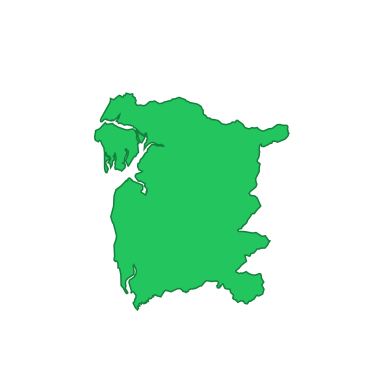 outline of Angoche, Nampula, Mozambique, rotated 142°
{"feature_id": "85939544B28799715012212", "entity_name": "Angoche", "entity_type": "district", "adm_level": 2, "iso_a3": "MOZ", "parent_name": "Mozambique", "parent_adm1": "Nampula", "projection": "albers", "projection_center": [39.817, -16.095], "detail": "fine", "context": "isolated", "style": "filled", "palette": "green", "viewbox_px": 384, "rotation_deg": 142, "n_neighbors": 0, "source": "geoboundaries", "source_scale": "gbopen_adm2", "svg_char_len": 6115}
<svg xmlns="http://www.w3.org/2000/svg" viewBox="0 0 384 384"><g transform="rotate(142 192 192)"><path d="M307.8,135.9L307.6,132.7L305.7,133.3L305.3,135.4L303.3,134.4L303.3,135.9L302.6,136.5L301.6,136.2L301.2,134.8L299.5,135.9L298.7,133.5L297.8,133.6L297.4,134.5L297.4,133.2L296.9,132.9L295.9,133.0L295.8,133.6L294.5,133.0L294.4,133.8L293.6,133.0L293.1,134.0L291.9,134.0L291.3,134.6L289.9,133.2L287.7,133.6L286.8,133.2L286.8,134.4L285.4,134.2L284.5,133.3L283.9,133.4L283.6,131.9L281.1,128.6L276.0,130.5L273.4,130.9L269.9,126.3L262.8,124.7L260.8,123.1L260.0,120.4L260.4,119.5L259.3,117.9L258.5,117.7L258.6,116.4L256.0,116.1L255.0,116.8L252.4,116.3L250.6,114.7L249.2,114.6L248.6,113.8L243.6,113.0L242.3,112.2L237.1,113.3L234.6,112.9L231.8,109.5L227.7,107.0L226.6,105.3L226.9,104.3L229.1,102.9L230.2,102.8L230.9,100.8L229.3,99.5L228.6,100.0L227.6,99.8L227.6,100.6L224.2,100.5L225.3,96.2L225.1,95.2L222.0,92.0L223.4,89.0L222.8,85.2L225.3,83.2L225.1,81.5L224.1,80.4L223.8,76.9L220.4,76.1L219.6,75.3L218.7,73.9L219.0,72.4L218.4,70.9L217.1,69.8L214.6,70.8L213.1,69.9L208.9,69.5L204.9,70.8L204.3,70.7L203.8,69.3L202.5,68.7L199.2,68.1L195.1,71.1L194.3,75.7L190.9,76.8L190.4,81.1L188.7,83.9L188.4,85.2L189.2,86.2L193.4,87.6L195.4,89.3L197.3,92.3L198.4,95.9L202.4,96.9L203.2,98.0L204.9,98.6L206.5,101.9L206.0,102.9L201.9,103.0L198.1,103.9L191.7,103.9L189.4,109.7L187.6,108.4L186.4,106.1L185.4,106.0L183.8,107.2L180.5,105.9L175.7,107.0L174.1,105.7L172.2,105.3L169.0,102.9L164.6,103.8L163.1,104.8L160.7,105.4L161.5,106.6L161.2,112.4L164.1,113.9L166.6,120.7L169.3,122.1L175.2,128.7L179.4,132.1L179.6,133.7L177.7,133.9L175.5,132.7L174.6,133.5L172.8,133.6L172.0,134.3L170.9,133.8L167.7,134.2L165.6,135.6L160.0,137.1L159.5,137.8L157.4,137.7L156.3,136.6L151.8,137.9L146.5,138.6L144.3,147.5L145.0,150.3L147.9,153.2L147.8,155.9L145.7,156.5L138.7,156.6L136.1,158.2L135.4,160.5L133.6,163.4L126.5,166.7L124.1,169.8L121.0,172.4L121.9,175.2L121.2,176.9L118.5,178.0L116.1,179.8L115.2,181.1L114.0,181.9L113.3,183.7L110.1,187.1L108.0,187.0L109.0,185.1L107.4,183.5L102.0,182.3L100.4,182.4L99.2,181.4L97.0,182.3L95.2,180.8L93.9,178.6L86.1,176.4L82.2,177.0L79.4,178.7L79.7,179.8L78.7,181.0L78.6,182.1L76.3,184.4L76.2,186.0L79.7,189.0L81.1,191.0L83.5,192.6L89.6,192.7L92.6,194.5L98.1,196.0L99.3,197.2L100.6,199.8L101.0,202.7L103.5,203.9L104.9,205.7L108.2,206.6L110.6,210.1L110.3,214.3L112.1,220.6L113.0,221.0L115.0,220.4L117.3,222.4L119.4,222.2L123.7,224.1L126.6,227.4L127.1,231.2L127.8,232.7L130.5,236.0L132.0,237.0L132.3,238.9L134.3,241.0L134.1,243.8L135.2,246.3L132.8,249.9L133.0,251.3L132.3,253.2L132.6,255.4L134.0,258.4L138.7,263.9L139.3,265.7L140.6,267.2L140.4,268.8L143.9,274.5L148.6,276.1L150.4,277.4L151.7,276.9L158.7,280.0L160.9,280.3L163.6,282.0L165.4,286.7L167.1,287.3L168.9,288.7L170.0,289.2L175.3,289.0L177.5,290.2L178.7,291.9L182.0,294.2L182.1,294.9L181.8,297.2L180.0,298.2L179.5,299.3L179.5,300.7L178.8,301.3L179.8,303.8L178.4,305.5L178.5,306.0L180.6,306.9L182.9,310.2L183.3,309.7L184.1,310.1L185.3,309.4L186.3,310.1L187.9,309.1L188.7,309.8L188.9,311.5L189.9,313.0L196.9,312.9L198.7,315.9L199.8,314.4L201.8,312.9L218.0,306.1L219.9,304.9L220.6,303.6L219.5,302.8L216.6,303.2L215.1,302.6L214.3,301.9L214.7,301.4L211.9,297.7L210.5,298.0L210.5,296.9L209.9,296.6L204.6,296.6L202.7,297.5L201.1,297.6L203.7,295.4L208.1,294.6L207.4,292.9L207.6,291.4L205.3,289.4L204.1,286.3L201.7,285.1L198.0,280.5L198.1,278.7L196.9,276.5L196.6,271.3L194.3,264.7L193.1,267.0L191.8,266.6L194.3,261.4L196.0,260.8L196.8,259.6L199.9,258.9L203.2,255.2L199.6,256.3L196.3,256.5L193.7,256.0L191.9,254.7L189.7,250.1L186.6,248.1L186.0,245.7L187.4,246.3L188.4,248.1L190.4,249.2L193.2,253.3L194.6,254.1L200.7,253.0L202.8,251.1L204.7,251.4L210.0,249.5L212.5,249.4L215.6,247.3L217.3,247.6L219.2,245.3L220.1,242.2L218.3,238.9L220.1,238.8L224.9,240.5L226.4,240.0L227.4,238.9L227.6,234.0L227.3,233.1L225.7,232.1L223.8,227.2L225.8,226.1L225.6,222.0L226.9,221.1L227.1,219.9L228.3,220.2L228.6,219.2L230.3,218.2L232.2,223.2L231.3,224.3L229.4,224.2L227.3,226.8L226.9,228.3L232.0,237.0L231.8,238.2L232.5,238.6L232.1,240.2L232.8,241.7L234.5,241.7L235.6,240.6L236.3,240.7L236.0,241.3L236.7,241.6L243.9,240.4L250.5,240.6L255.9,236.8L262.5,229.1L271.3,222.4L273.1,217.7L273.7,214.6L278.4,203.9L280.9,201.5L286.1,198.1L292.5,189.1L295.2,186.6L295.3,184.9L294.9,184.3L294.0,184.2L293.8,183.2L294.2,181.4L297.0,177.7L296.3,176.8L296.4,175.7L299.2,170.3L305.4,162.0L305.3,158.6L306.2,153.4L305.8,152.0L305.0,151.9L304.5,152.4L304.0,156.9L301.8,158.8L300.6,161.1L298.6,163.0L295.4,163.5L288.5,162.9L286.4,165.3L283.6,170.2L282.6,170.6L283.3,166.6L284.3,164.2L286.8,161.8L290.4,160.6L295.6,161.0L297.4,159.5L300.6,151.3L302.5,149.8L300.7,150.1L299.6,149.1L299.7,144.9L301.8,142.9L303.0,142.8L304.9,141.1L306.7,140.8L307.8,135.9ZM225.7,256.0L225.8,253.2L226.5,252.4L226.1,251.6L217.3,255.0L215.6,255.3L214.5,254.8L211.7,256.0L209.7,256.2L205.5,263.2L205.0,263.6L204.4,263.0L203.6,263.3L202.6,268.6L200.2,271.2L199.6,273.4L199.3,276.2L199.8,278.2L204.6,280.6L206.2,282.2L210.2,288.4L212.3,293.3L212.4,294.9L217.4,297.6L217.7,300.0L225.8,298.7L230.1,299.7L234.7,295.3L236.1,293.0L236.1,291.9L234.9,289.3L232.9,289.5L232.4,288.3L233.4,285.7L234.2,281.1L236.7,276.9L246.3,264.5L247.7,261.5L247.8,260.2L247.1,259.7L243.8,261.8L242.7,267.2L241.8,268.5L239.9,269.3L237.0,268.7L236.0,268.9L237.2,273.6L236.8,275.1L235.2,276.6L236.5,273.4L235.1,271.1L235.4,268.7L236.8,267.4L239.5,267.2L240.2,266.7L239.2,265.5L239.7,263.6L241.1,261.3L238.8,262.1L235.5,265.2L233.3,265.1L232.1,266.9L231.9,268.6L229.4,269.3L229.0,270.1L228.6,269.7L229.6,268.3L231.4,267.7L231.1,266.9L230.2,266.7L231.7,264.6L235.3,261.9L235.7,260.5L237.7,258.8L238.4,257.2L238.1,256.6L236.7,256.3L236.3,255.0L234.6,252.7L234.6,251.8L229.9,252.4L227.7,254.6L227.7,255.6L228.9,257.4L227.2,257.1L224.6,259.8L220.1,262.2L218.7,263.7L218.7,266.3L217.7,266.9L217.1,266.2L217.7,264.8L217.0,264.0L217.1,263.2L219.4,260.8L225.0,257.5L225.7,256.0ZM198.8,275.6L198.9,270.9L201.0,268.1L202.0,263.7L201.9,262.4L201.3,261.7L195.8,263.9L195.4,265.6L196.6,268.4L197.9,274.9L198.8,275.6Z" fill="#22c55e" stroke="#15803d" stroke-width="1.5"/></g></svg>